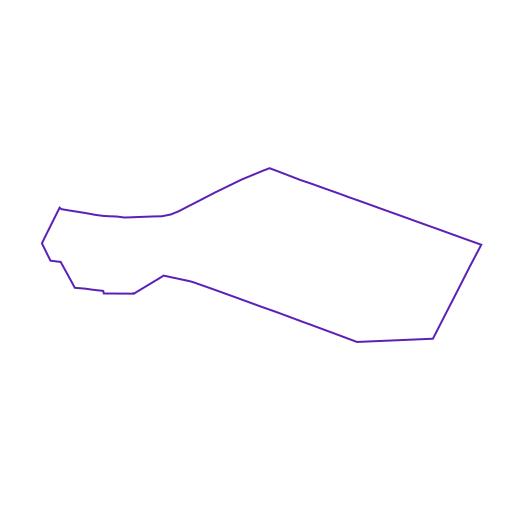 Morelos, Coahuila, Mexico, rotated 205°
{"feature_id": "50627088B70261945609966", "entity_name": "Morelos", "entity_type": "district", "adm_level": 2, "iso_a3": "MEX", "parent_name": "Mexico", "parent_adm1": "Coahuila", "projection": "albers", "projection_center": [-100.986, 28.338], "detail": "fine", "context": "isolated", "style": "outline", "palette": "violet", "viewbox_px": 512, "rotation_deg": 205, "n_neighbors": 0, "source": "geoboundaries", "source_scale": "gbopen_adm2", "svg_char_len": 1275}
<svg xmlns="http://www.w3.org/2000/svg" viewBox="0 0 512 512"><g transform="rotate(205 256 256)"><path d="M128.0,220.8L127.7,221.0L60.7,255.8L59.3,293.8L58.5,314.9L57.8,335.9L56.6,361.4L78.0,359.4L96.1,357.8L113.3,356.2L129.6,354.7L130.1,354.7L146.5,353.2L162.6,351.7L178.4,350.3L196.0,348.6L209.0,347.5L223.5,346.1L237.8,344.8L247.3,343.7L254.4,343.2L273.5,341.9L280.8,341.3L285.7,336.3L290.7,330.8L301.1,319.5L314.4,303.1L319.2,297.2L334.8,277.0L337.5,273.6L345.1,263.7L350.8,257.6L358.3,252.1L365.1,248.8L384.4,238.9L385.7,238.2L386.9,237.6L387.8,237.1L388.9,236.6L390.3,235.9L391.7,235.2L398.7,233.0L402.3,231.5L404.9,230.4L410.3,228.2L411.0,227.9L420.3,225.0L421.8,224.7L426.4,223.5L434.6,221.2L442.5,218.9L443.2,218.7L452.2,216.2L454.4,216.8L455.3,183.3L455.3,180.3L455.4,177.1L454.9,176.6L440.3,164.9L434.5,166.8L434.2,166.8L430.5,168.1L428.8,166.8L424.0,163.3L420.3,160.6L417.2,158.3L413.2,155.4L406.8,150.6L396.5,154.4L391.4,155.9L386.8,157.4L379.7,159.8L378.1,157.7L367.2,162.7L351.1,170.1L351.3,170.4L350.7,170.7L350.3,170.9L348.7,173.4L341.2,184.5L331.4,199.2L322.6,201.2L306.0,205.0L304.6,205.3L301.1,205.8L283.8,207.5L277.2,208.1L227.1,212.5L213.0,213.9L199.3,215.0L187.8,215.9L176.4,216.9L128.0,220.8Z" fill="none" stroke="#5b21b6" stroke-width="2"/></g></svg>